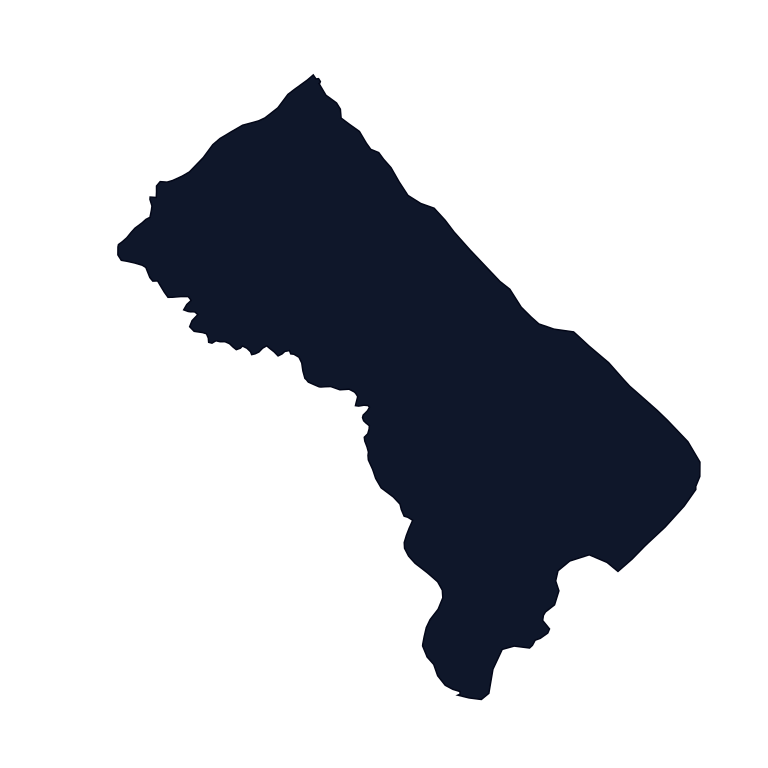 Nyenebo, River Gee, Liberia, rotated 44°
{"feature_id": "62588387B68728641169413", "entity_name": "Nyenebo", "entity_type": "district", "adm_level": 2, "iso_a3": "LBR", "parent_name": "Liberia", "parent_adm1": "River Gee", "projection": "albers", "projection_center": [-7.727, 4.898], "detail": "fine", "context": "isolated", "style": "filled", "palette": "ink", "viewbox_px": 768, "rotation_deg": 44, "n_neighbors": 0, "source": "geoboundaries", "source_scale": "gbopen_adm2", "svg_char_len": 3334}
<svg xmlns="http://www.w3.org/2000/svg" viewBox="0 0 768 768"><g transform="rotate(44 384 384)"><path d="M653.2,556.6L663.3,550.7L673.2,543.3L674.3,533.7L660.5,513.5L653.4,492.8L659.7,482.1L672.1,472.8L672.3,468.9L670.7,463.3L673.1,458.4L674.8,449.4L673.2,445.2L662.4,443.9L659.4,439.7L658.5,435.9L660.1,424.4L653.5,411.3L644.3,406.4L638.9,397.5L640.6,382.3L650.3,364.3L668.4,357.4L682.5,356.3L684.1,337.6L684.2,320.0L684.4,314.7L685.6,291.6L684.7,263.2L681.6,243.3L679.4,241.1L675.4,231.1L665.5,220.7L654.3,217.6L642.7,214.4L613.1,213.2L599.0,213.2L569.8,214.5L562.2,214.9L553.7,214.4L530.9,212.6L504.9,214.3L489.7,214.6L484.2,214.8L468.1,226.5L463.9,228.4L453.7,233.2L443.4,233.6L429.3,233.4L408.7,228.4L396.1,229.7L352.7,227.8L328.9,226.0L314.1,223.7L300.6,222.9L298.0,222.7L285.0,228.6L270.2,231.7L254.5,228.1L238.8,223.5L227.6,222.6L219.5,221.2L213.4,223.6L211.5,224.4L203.9,223.0L190.9,219.4L178.8,221.2L168.4,222.5L161.7,216.6L154.6,214.8L141.6,216.6L128.5,213.0L128.8,212.1L128.1,210.6L124.8,209.8L123.2,211.8L118.4,210.8L118.1,214.4L117.7,218.6L114.9,234.4L113.7,242.4L115.8,259.1L114.0,271.8L113.5,275.3L111.0,281.8L108.1,286.8L102.5,296.1L98.8,309.0L97.1,315.5L95.5,321.2L94.6,330.8L96.7,346.6L96.7,365.4L96.7,366.6L94.4,374.7L90.6,384.4L87.7,389.5L82.4,393.9L82.8,399.6L87.0,403.9L90.6,408.0L85.9,412.0L87.4,413.8L93.4,417.1L96.1,420.8L99.9,426.7L99.4,428.0L98.4,430.9L98.0,436.4L96.6,444.9L96.8,450.6L97.4,457.6L96.8,464.4L96.1,468.1L97.4,470.2L102.9,476.0L109.1,477.5L113.8,474.3L120.5,470.2L127.6,466.5L131.7,465.6L141.7,470.1L146.2,470.6L148.9,467.8L149.6,467.1L154.1,468.4L162.4,470.6L166.9,471.4L168.4,471.7L171.6,468.5L172.9,467.0L176.9,462.5L182.3,457.3L183.1,457.2L185.8,457.6L187.2,457.9L186.9,463.8L188.4,469.8L192.7,467.9L194.1,466.9L195.0,466.2L195.9,465.2L197.8,463.6L201.9,463.4L201.9,471.7L204.4,477.8L210.8,478.0L212.1,477.1L217.8,473.0L221.4,471.2L225.7,473.0L228.9,475.8L231.9,474.1L232.3,472.5L233.1,469.6L236.0,467.9L236.8,467.4L239.6,464.6L240.5,463.9L244.9,462.3L249.6,462.3L253.9,461.9L255.8,458.0L255.8,455.0L260.5,453.5L261.3,453.5L265.6,453.5L268.4,454.8L270.3,451.9L271.8,447.9L271.8,442.6L273.1,438.0L276.7,437.8L282.7,437.2L288.3,437.4L289.8,433.1L290.0,429.5L292.8,425.6L295.1,426.7L296.0,427.1L298.5,425.2L300.1,424.8L303.5,424.0L304.2,423.8L310.2,426.0L315.2,429.9L316.8,431.1L323.2,434.9L325.2,434.8L327.2,435.1L328.3,435.2L335.1,432.7L339.3,431.1L340.7,430.0L343.5,426.9L347.5,422.8L356.3,418.8L362.5,412.0L368.3,410.3L370.2,410.4L373.8,411.3L375.3,413.9L377.0,416.9L378.5,419.4L381.1,417.5L384.3,413.2L387.5,410.6L389.7,410.8L390.7,414.7L390.7,417.7L390.6,420.8L391.9,423.1L394.9,424.6L398.5,424.6L402.4,424.2L404.5,426.6L406.9,431.1L406.8,436.0L409.8,438.4L415.4,441.0L420.1,443.8L422.1,446.5L425.5,449.5L434.9,453.2L437.3,454.4L443.6,457.7L454.1,460.7L469.2,458.8L479.0,459.3L483.7,462.3L490.3,465.1L493.5,463.4L499.3,462.1L501.5,468.0L502.3,470.3L505.3,477.4L506.7,480.1L508.7,484.0L512.9,487.9L521.2,490.7L531.0,491.4L537.9,490.6L546.2,489.7L557.6,489.1L560.0,489.0L568.2,491.5L569.2,491.8L571.8,494.2L574.8,496.9L578.8,506.9L579.4,508.5L580.0,514.1L580.8,521.4L583.6,529.8L588.5,538.0L592.6,544.2L593.7,545.6L603.1,549.7L604.5,550.4L614.6,551.2L625.3,556.6L637.3,558.2L645.7,555.8L652.2,552.5L654.2,554.2L653.2,556.6Z" fill="#0f172a" stroke="#020617" stroke-width="1.5"/></g></svg>